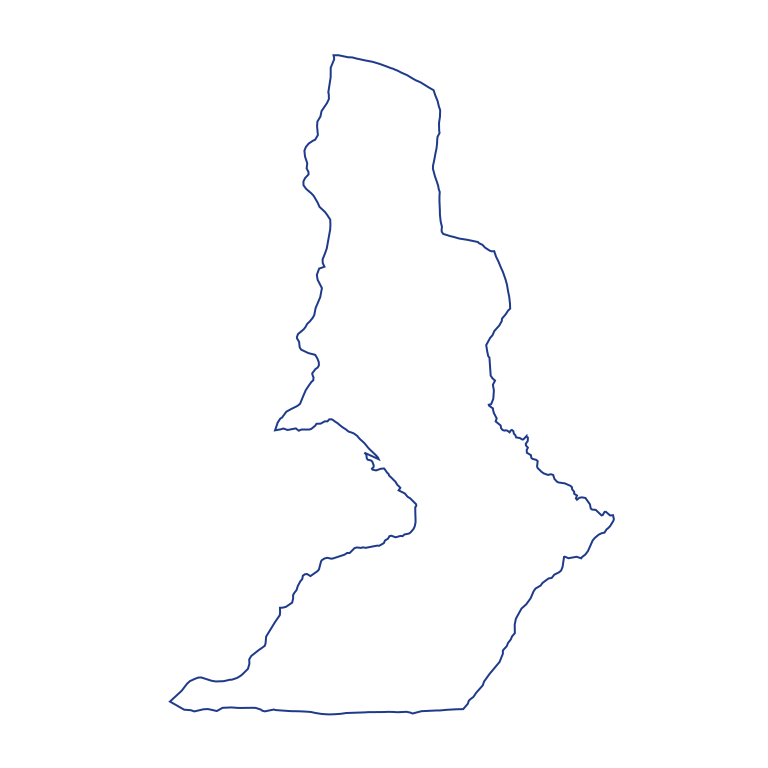 outline of Mobayi-Mbongo, Équateur, Democratic Republic of the Congo, rotated 268°
{"feature_id": "63176286B77587123851522", "entity_name": "Mobayi-Mbongo", "entity_type": "district", "adm_level": 2, "iso_a3": "COD", "parent_name": "Democratic Republic of the Congo", "parent_adm1": "Équateur", "projection": "mercator", "projection_center": [21.025, 4.13], "detail": "fine", "context": "isolated", "style": "outline", "palette": "blue", "viewbox_px": 768, "rotation_deg": 268, "n_neighbors": 0, "source": "geoboundaries", "source_scale": "gbopen_adm2", "svg_char_len": 6073}
<svg xmlns="http://www.w3.org/2000/svg" viewBox="0 0 768 768"><g transform="rotate(268 384 384)"><path d="M56.3,451.8L61.5,456.6L64.5,457.7L66.1,459.5L68.1,462.4L71.7,465.0L71.9,465.1L79.4,472.2L83.1,473.6L90.5,479.3L101.2,488.9L102.0,489.7L110.3,493.4L113.6,493.5L117.8,497.6L120.9,498.9L124.3,501.8L127.2,503.1L130.5,506.1L138.8,506.2L144.8,507.6L147.0,508.9L154.8,513.6L158.8,518.4L164.8,523.1L171.5,526.2L174.3,528.3L177.1,533.5L179.6,535.4L183.9,541.6L184.4,544.9L187.5,547.5L189.7,552.4L191.4,554.5L195.0,556.1L204.9,557.9L205.1,558.8L203.4,562.4L203.6,563.4L204.6,570.5L202.9,575.0L204.0,575.7L206.5,579.2L209.9,582.0L220.4,587.1L222.9,589.4L226.0,593.4L227.3,596.4L227.8,599.2L230.9,601.3L231.8,602.6L233.9,604.9L239.3,608.5L240.9,609.0L244.9,608.3L244.7,605.4L248.5,601.3L248.5,600.0L245.3,597.9L245.1,596.8L250.8,591.2L251.3,587.5L252.3,586.3L256.6,585.6L263.1,581.3L263.8,577.9L263.5,575.3L261.6,572.8L263.0,571.8L265.8,573.0L267.0,571.2L267.7,570.2L269.7,570.3L272.1,568.4L274.3,568.2L275.7,566.8L278.4,561.2L279.5,555.1L280.2,553.6L283.2,551.0L287.2,549.9L288.0,547.6L287.4,544.7L289.1,540.5L290.6,538.5L294.7,534.6L296.3,534.1L301.5,534.9L302.9,533.4L304.0,529.8L305.1,528.6L307.7,528.4L310.3,524.4L313.1,524.3L315.3,525.6L317.5,523.8L319.3,523.6L321.9,525.6L323.3,525.8L325.5,525.9L326.1,524.8L327.1,524.7L323.8,521.4L323.7,520.3L325.3,517.8L326.0,514.2L328.4,513.4L329.7,512.1L332.4,511.6L333.6,510.2L333.2,509.1L331.3,507.8L333.0,505.7L333.5,504.0L333.2,502.6L334.0,500.8L335.7,499.5L338.5,499.1L342.7,494.3L345.7,495.4L351.1,492.8L354.3,492.1L355.8,492.0L358.6,488.3L359.6,488.0L360.1,490.4L365.3,492.7L373.6,493.6L379.5,492.8L383.5,495.1L385.9,492.6L388.6,490.9L406.6,490.3L408.3,489.1L412.9,488.3L419.3,487.5L426.4,491.7L428.9,494.1L433.2,496.2L438.4,501.2L442.8,503.9L445.2,504.2L449.6,508.2L453.0,510.5L454.9,512.7L460.1,512.7L466.7,512.2L472.5,511.2L478.8,510.4L483.9,509.2L491.7,506.8L497.1,504.6L502.5,502.6L507.4,500.4L512.9,498.8L512.8,496.4L513.6,494.3L516.8,489.7L519.7,487.2L521.4,483.8L522.6,482.9L525.2,472.3L526.7,464.4L528.6,458.6L529.5,455.2L530.9,451.4L531.9,448.4L534.2,447.0L536.5,447.0L539.0,447.4L544.4,446.3L551.3,445.8L554.8,445.9L565.0,445.8L569.8,446.0L573.9,446.4L577.3,445.4L580.0,445.1L584.9,443.7L590.0,442.1L594.5,441.1L597.3,440.4L600.4,440.6L606.8,442.2L612.0,443.3L617.1,444.6L622.2,445.4L626.1,445.7L629.1,446.1L633.0,448.3L634.9,448.0L638.1,448.0L643.1,448.1L649.4,449.3L651.6,449.4L655.7,449.7L659.6,448.5L664.7,447.5L667.8,446.4L670.5,445.4L675.9,443.8L679.0,438.8L681.3,435.4L684.3,430.9L686.4,426.4L688.2,423.4L691.9,417.8L694.5,412.3L696.6,408.7L697.8,405.9L698.8,404.0L699.4,402.0L701.2,397.8L702.5,394.6L703.5,392.2L704.5,389.5L706.4,383.8L707.9,377.1L710.3,367.6L711.5,363.7L711.8,359.5L714.1,350.2L714.3,345.0L711.8,345.5L710.2,345.5L702.0,341.8L692.5,341.4L677.3,338.5L676.1,338.9L670.8,338.9L666.7,336.8L658.9,331.1L653.5,329.8L648.6,326.6L644.1,326.1L635.1,326.6L630.5,323.7L629.7,321.6L626.9,317.1L623.6,314.2L619.9,312.6L614.1,313.0L607.2,315.0L602.2,314.2L598.5,315.9L596.1,315.9L592.4,312.2L589.1,310.5L585.4,310.5L581.7,313.0L576.8,318.3L574.3,320.4L567.4,324.1L563.3,325.7L557.9,331.1L555.0,333.1L550.1,336.0L544.8,336.0L540.3,335.6L521.4,331.5L516.1,329.4L510.7,327.0L507.0,327.0L503.3,328.6L501.6,323.2L495.4,320.7L490.5,321.3L482.0,325.3L473.0,323.3L462.3,318.3L455.3,316.7L452.5,315.0L448.8,311.7L447.1,309.7L446.7,309.3L443.8,307.6L441.4,305.6L436.9,299.8L434.0,298.6L432.8,298.6L429.1,300.6L423.7,301.0L421.3,302.3L417.6,309.3L415.5,316.3L411.8,318.3L408.1,319.6L404.9,319.6L402.8,318.3L401.2,315.9L397.1,312.6L395.0,313.0L393.0,313.8L390.1,313.4L388.8,311.7L385.2,308.9L380.6,305.6L375.3,303.1L367.1,299.4L365.0,296.5L362.2,290.3L359.7,285.4L354.0,280.9L353.1,279.2L349.0,276.3L347.8,275.9L341.5,273.5L342.3,279.1L343.0,282.0L341.4,286.0L342.7,294.3L340.3,297.2L341.4,299.9L341.1,307.9L341.7,309.8L344.8,313.9L346.6,315.1L346.6,319.3L348.7,323.4L348.7,326.2L350.6,328.1L350.5,330.6L349.3,332.4L348.1,333.8L346.4,336.3L344.7,338.1L343.0,340.1L341.4,342.2L340.1,344.2L337.7,346.9L336.5,350.2L335.6,352.2L334.1,354.1L333.1,355.4L331.7,356.4L329.8,358.0L327.6,360.3L325.4,362.5L323.2,364.2L321.1,365.7L319.1,367.5L312.8,373.7L310.7,375.4L309.0,376.1L316.0,362.1L313.9,363.9L310.3,364.2L308.9,365.1L308.0,368.5L306.6,369.7L302.8,370.9L301.4,370.7L299.8,369.0L298.8,369.5L297.9,373.1L299.4,377.8L299.6,381.1L297.7,382.5L295.3,384.0L293.8,385.5L292.4,385.8L289.5,388.7L287.5,390.5L286.0,392.0L284.1,393.0L282.4,394.1L281.2,395.4L279.6,396.7L277.2,394.9L273.9,401.0L270.5,403.6L268.8,406.2L262.7,411.9L261.1,412.0L259.7,410.9L258.4,410.9L254.7,410.8L247.7,410.8L244.6,410.7L240.8,409.8L238.2,408.5L237.4,407.8L235.7,406.3L234.5,405.1L233.6,403.5L232.9,399.1L231.3,397.3L231.6,395.2L230.4,390.2L232.1,386.1L231.8,384.2L229.3,382.6L227.5,379.5L225.0,378.3L222.5,373.6L222.7,371.4L220.9,360.0L221.5,357.1L221.0,355.4L221.6,351.0L221.0,348.8L216.3,343.8L216.4,341.2L214.8,338.6L211.6,327.5L211.2,325.5L212.3,321.1L211.7,318.5L210.1,315.7L208.9,314.9L200.9,312.5L199.3,311.0L194.6,303.8L196.8,300.4L196.6,298.3L195.2,296.2L191.9,295.5L189.9,293.6L185.1,290.8L181.1,289.4L178.5,287.2L176.3,285.8L172.9,285.7L168.7,284.6L164.7,278.2L164.0,274.9L164.0,272.2L159.5,272.2L156.6,271.8L149.9,266.8L135.7,257.4L129.1,256.6L126.6,255.8L124.6,252.9L122.5,249.6L116.8,241.8L113.5,239.7L109.0,239.7L104.1,238.1L99.1,232.7L97.5,230.7L95.4,227.0L93.8,221.6L93.8,219.5L92.6,213.4L92.6,205.5L93.4,201.4L97.1,191.1L97.1,188.3L95.9,184.6L93.8,179.6L91.3,176.7L84.4,171.0L74.1,159.0L65.5,172.9L64.7,179.7L63.4,183.0L65.2,192.1L65.3,196.7L64.1,201.4L63.0,205.5L66.0,211.3L66.1,220.1L65.3,227.5L65.0,240.9L64.8,244.4L62.9,249.6L61.7,251.0L61.0,253.5L62.5,262.4L61.9,264.4L60.3,279.4L59.9,287.6L59.3,294.6L58.8,299.3L57.6,304.1L56.5,309.7L55.9,315.0L55.7,318.0L55.7,323.1L55.9,329.4L56.5,334.6L56.5,354.0L56.6,356.5L56.2,371.1L56.2,375.8L56.0,381.0L55.5,386.0L55.6,395.1L54.7,398.8L53.7,401.1L55.7,410.0L55.8,417.6L55.9,425.0L55.8,428.6L56.2,435.3L56.4,445.1L56.3,451.8Z" fill="none" stroke="#1e3a8a" stroke-width="2"/></g></svg>